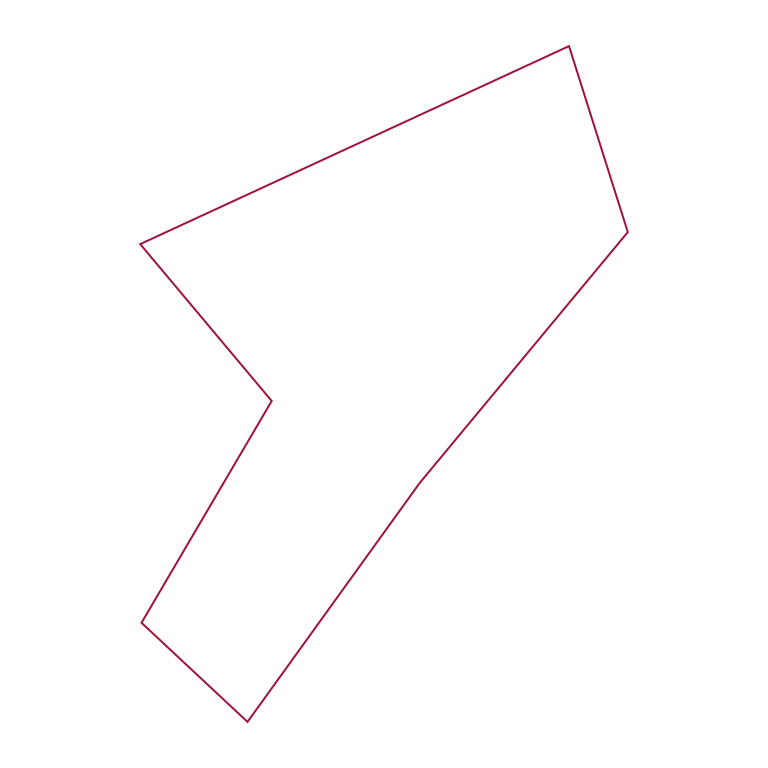 Buena Vista, Virginia, United States of America
{"feature_id": "52423323B86095735996061", "entity_name": "Buena Vista", "entity_type": "district", "adm_level": 2, "iso_a3": "USA", "parent_name": "United States of America", "parent_adm1": "Virginia", "projection": "robinson", "projection_center": [-79.361, 37.729], "detail": "fine", "context": "isolated", "style": "outline", "palette": "rose", "viewbox_px": 768, "rotation_deg": 0, "n_neighbors": 0, "source": "geoboundaries", "source_scale": "gbopen_adm2", "svg_char_len": 222}
<svg xmlns="http://www.w3.org/2000/svg" viewBox="0 0 768 768"><path d="M140.2,244.1L271.7,401.0L141.5,622.8L247.5,721.9L419.9,482.7L627.8,232.1L569.0,46.1L140.2,244.1Z" fill="none" stroke="#9f1239" stroke-width="2"/></svg>